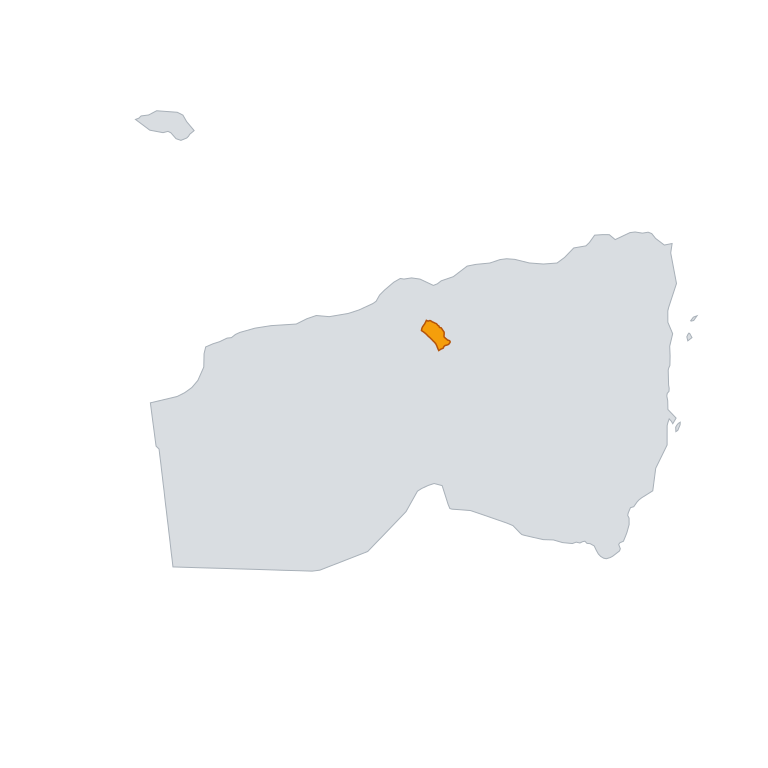 Yab'uth, Hadramawt, Yemen (highlighted), rotated 192°
{"feature_id": "15242507B24297046109512", "entity_name": "Yab'uth", "entity_type": "district", "adm_level": 2, "iso_a3": "YEM", "parent_name": "Yemen", "parent_adm1": "Hadramawt", "projection": "equal_earth", "projection_center": [47.741, 14.778], "detail": "fine", "context": "in_parent", "style": "filled", "palette": "amber", "viewbox_px": 768, "rotation_deg": 192, "n_neighbors": 0, "source": "geoboundaries", "source_scale": "gbopen_adm2", "svg_char_len": 5584}
<svg xmlns="http://www.w3.org/2000/svg" viewBox="0 0 768 768"><g transform="rotate(192 384 384)"><path d="M608.6,317.0L583.7,328.8L577.1,334.1L571.2,340.6L566.8,348.8L563.8,363.1L566.3,376.2L566.1,383.2L559.6,387.8L553.6,391.2L547.0,396.3L542.9,397.6L539.6,401.6L535.7,404.5L521.8,411.8L506.6,417.6L482.3,424.4L473.0,431.8L464.5,436.9L451.5,438.5L433.8,445.5L423.9,451.2L411.6,460.4L408.9,463.3L406.8,470.1L403.0,476.0L395.6,485.6L390.0,490.6L386.3,490.8L379.1,493.5L370.6,494.1L356.2,490.7L352.6,493.1L349.5,496.8L338.5,503.4L327.2,516.6L319.0,520.1L305.7,524.3L296.4,529.8L290.1,532.0L282.0,533.1L267.1,532.6L253.0,534.5L239.9,538.3L233.7,545.3L226.7,556.5L215.2,561.1L212.5,565.1L208.9,573.4L201.4,575.5L194.7,576.9L187.9,573.3L174.9,583.2L170.0,584.9L162.5,585.3L157.2,587.4L153.4,586.8L148.7,582.9L138.7,578.2L131.4,581.3L130.8,571.8L118.8,543.1L121.5,518.1L121.6,514.5L119.2,503.4L112.1,493.2L112.4,480.3L110.0,471.0L108.2,461.6L108.8,459.0L108.9,456.7L105.4,442.1L104.2,439.2L103.7,436.1L105.0,433.8L104.9,431.1L103.0,426.6L101.0,418.1L91.2,411.4L93.3,405.2L95.2,407.3L97.8,409.2L98.3,405.2L98.4,402.1L94.4,383.2L100.7,358.1L98.9,335.4L108.3,326.3L110.6,323.5L112.0,321.1L114.2,315.9L117.2,314.3L118.3,308.8L118.3,306.1L116.4,303.8L115.0,297.4L115.5,289.4L116.0,286.1L117.1,280.0L120.3,277.7L121.1,275.9L118.6,272.0L118.9,269.7L124.4,263.2L126.6,261.3L130.2,259.3L133.0,259.3L136.2,260.4L139.0,262.3L141.8,265.5L144.7,269.3L149.2,270.7L152.3,270.3L154.8,272.0L156.9,271.1L159.3,269.2L163.1,269.3L166.6,267.1L176.4,266.0L185.9,266.7L195.8,264.9L205.7,265.0L215.7,265.2L217.9,265.4L220.0,266.6L228.4,272.3L234.8,273.5L247.6,275.1L261.2,276.8L273.1,278.2L283.1,276.9L291.5,275.7L293.7,275.9L296.2,279.5L301.2,288.3L306.0,296.7L314.3,297.1L319.6,294.0L325.5,289.6L329.0,286.1L333.2,272.6L335.9,263.8L342.0,253.9L347.1,245.7L353.9,234.7L357.7,228.7L365.1,216.8L372.2,212.1L385.9,203.1L399.2,194.4L408.0,188.6L415.4,186.0L427.8,183.8L442.4,181.1L457.0,178.5L472.6,175.7L490.0,172.5L501.9,170.4L517.0,167.6L529.6,165.3L540.8,163.3L552.4,161.2L554.6,167.8L556.9,174.4L559.1,181.0L561.3,187.6L563.6,194.3L565.8,200.9L568.1,207.5L570.3,214.1L572.6,220.7L574.8,227.3L577.0,234.0L579.3,240.6L581.5,247.2L583.8,253.9L586.0,260.5L588.3,267.1L590.5,273.6L594.0,275.8L596.2,281.9L599.3,290.7L602.4,299.4L605.5,308.2L608.6,317.0ZM644.7,585.4L647.8,586.2L652.4,583.9L665.9,583.6L682.1,591.1L679.1,593.0L677.3,595.7L670.2,598.2L663.2,604.0L642.7,606.8L636.6,605.2L631.6,599.6L622.4,592.4L626.0,587.8L626.7,585.7L628.1,583.6L633.3,580.1L638.4,580.7L644.7,585.4ZM97.0,495.8L96.3,497.2L95.4,496.9L92.4,493.4L95.8,489.4L97.6,493.1L97.0,495.8ZM87.9,406.7L86.3,408.2L85.9,405.6L87.0,399.7L88.6,398.1L89.7,402.4L88.9,404.8L87.9,406.7ZM95.3,513.7L92.0,515.8L94.3,510.5L96.6,509.4L97.2,509.6L95.3,513.7Z" fill="#d9dde1" stroke="#a8b0b8" stroke-width="1"/><path d="M337.4,428.1L335.6,429.9L335.5,430.0L334.0,431.0L333.7,431.2L333.5,431.5L333.4,431.8L333.4,432.2L333.3,432.7L333.2,433.0L332.9,433.6L332.6,433.9L332.4,434.2L332.1,434.4L330.7,435.1L330.2,435.4L329.9,435.6L329.6,435.8L329.4,435.9L329.3,436.1L329.1,436.3L328.8,436.6L328.6,437.0L328.5,437.4L328.3,437.7L328.2,438.1L328.0,438.7L328.1,439.1L328.4,439.5L328.6,439.8L328.8,439.9L329.1,440.0L329.5,440.1L329.8,440.2L330.2,440.2L330.3,440.2L330.7,440.1L331.0,440.2L331.1,440.3L331.5,440.5L331.9,440.8L332.2,441.0L332.6,441.1L333.0,441.3L333.4,441.6L333.7,441.7L333.8,441.8L334.2,442.0L334.6,442.2L334.9,442.5L335.1,442.9L335.3,443.4L335.4,443.9L335.4,444.3L335.4,444.5L335.5,445.0L335.6,445.5L335.7,446.1L335.8,446.4L335.8,446.6L335.9,446.9L336.0,447.1L336.2,447.5L336.6,447.8L336.9,448.1L337.1,448.3L337.6,448.7L337.9,449.0L338.2,449.4L338.4,449.6L338.5,449.7L338.9,450.0L339.2,450.3L339.5,450.6L339.9,450.9L340.3,450.9L340.7,450.8L341.0,450.8L341.5,450.9L341.8,451.3L342.0,451.6L342.3,452.1L342.7,452.3L343.0,452.4L343.5,452.5L343.9,452.8L344.1,453.0L344.6,453.4L344.9,453.7L345.3,453.9L345.7,454.0L346.1,454.1L346.6,454.1L347.0,454.2L347.4,454.3L347.6,454.4L347.8,454.5L348.0,454.5L348.4,454.6L348.6,454.7L349.0,454.7L349.4,454.7L349.5,454.8L349.8,454.8L350.2,455.1L350.6,455.2L351.0,455.4L351.4,455.5L351.6,455.5L351.8,455.6L352.2,455.6L352.6,455.5L353.0,455.3L353.0,455.2L353.3,455.0L353.8,454.7L354.2,454.7L354.4,454.8L354.6,454.8L355.0,454.9L355.3,454.9L355.6,454.9L355.8,455.0L355.9,454.5L356.0,454.1L356.1,453.7L356.2,453.1L356.3,452.7L356.5,452.2L356.6,451.7L356.7,451.3L356.8,451.1L357.0,450.6L357.2,450.3L357.4,449.8L357.4,449.7L357.5,449.5L357.7,449.1L357.9,448.6L358.1,448.2L358.2,447.8L358.3,447.4L358.4,446.9L358.5,446.5L358.5,446.3L358.5,445.9L358.5,445.4L358.5,445.2L358.5,444.6L358.5,444.1L358.3,444.0L357.9,443.8L357.7,443.7L357.2,443.5L356.8,443.4L356.5,443.3L356.4,443.3L356.0,443.1L355.9,443.0L355.6,442.9L355.3,442.7L354.8,442.5L354.5,442.3L354.2,442.2L353.9,442.0L353.5,441.8L353.2,441.6L352.8,441.4L352.4,441.1L352.1,440.9L351.9,440.8L351.7,440.6L351.4,440.4L351.0,440.1L350.9,440.1L350.6,439.9L350.3,439.7L350.2,439.7L349.9,439.5L349.4,439.2L349.1,439.1L348.6,438.8L348.1,438.5L347.7,438.2L347.4,438.0L347.3,437.9L346.8,437.7L346.4,437.4L346.0,437.1L345.5,436.8L345.3,436.6L345.0,436.4L344.8,436.3L344.6,436.1L344.3,435.9L344.2,435.9L343.9,435.7L343.5,435.5L343.2,435.3L342.8,435.0L342.7,434.8L342.5,434.7L342.4,434.7L342.2,434.5L341.9,434.3L341.8,434.2L341.6,433.9L341.2,433.5L341.0,433.2L340.9,433.1L340.6,432.7L340.4,432.4L340.2,432.2L339.9,431.7L339.6,431.2L339.3,430.7L338.9,430.2L338.7,429.9L338.4,429.4L338.2,429.2L338.0,428.9L337.9,428.8L337.4,428.1Z" fill="#f59e0b" stroke="#b45309" stroke-width="1.5"/></g></svg>